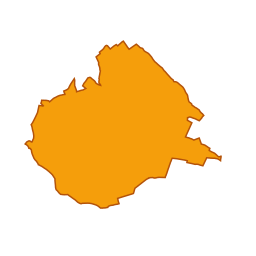 Bala, Mures, Romania (Albers equal-area conic projection), rotated 12°
{"feature_id": "2599482B91392200314652", "entity_name": "Bala", "entity_type": "district", "adm_level": 2, "iso_a3": "ROU", "parent_name": "Romania", "parent_adm1": "Mures", "projection": "albers", "projection_center": [24.501, 46.719], "detail": "fine", "context": "isolated", "style": "filled", "palette": "amber", "viewbox_px": 256, "rotation_deg": 12, "n_neighbors": 0, "source": "geoboundaries", "source_scale": "gbopen_adm2", "svg_char_len": 5690}
<svg xmlns="http://www.w3.org/2000/svg" viewBox="0 0 256 256"><g transform="rotate(12 128 128)"><path d="M97.9,211.8L98.9,211.2L104.1,209.9L105.9,209.6L108.2,209.5L110.6,209.7L113.1,210.0L115.0,210.6L116.6,211.4L117.7,212.0L119.9,211.6L120.9,211.2L122.2,210.9L122.8,210.7L124.3,210.0L124.7,209.9L125.0,209.0L125.2,208.6L125.8,208.2L126.2,207.9L127.2,207.3L128.5,206.9L129.0,206.7L129.8,206.4L130.2,206.1L130.6,205.9L131.9,205.3L133.8,204.6L135.0,203.9L133.7,201.7L132.5,199.0L137.3,196.3L142.2,193.6L143.8,192.7L145.8,191.6L146.9,190.9L147.1,189.0L147.1,188.4L147.2,187.1L147.2,186.5L147.3,185.9L147.3,185.5L156.5,174.6L157.4,173.8L157.8,173.5L158.2,173.1L158.5,173.0L158.4,172.8L158.4,172.7L158.5,172.6L160.2,171.9L162.2,171.4L162.7,171.3L163.4,171.4L163.8,171.5L164.0,171.5L164.7,171.3L165.1,171.2L165.7,171.0L166.6,170.5L167.4,170.2L168.1,170.0L168.4,169.8L169.9,169.6L172.4,169.1L173.1,169.0L174.7,168.7L174.7,168.1L174.7,167.7L175.1,166.1L175.1,165.6L175.3,164.5L175.7,160.6L175.9,159.0L176.1,157.7L176.3,155.6L176.5,154.4L176.7,152.5L177.0,151.3L177.2,149.6L177.5,148.4L182.3,147.9L190.1,147.6L192.8,147.7L192.8,149.5L193.4,149.5L197.9,149.5L201.1,149.6L203.0,149.1L204.3,149.0L206.3,149.3L209.1,149.4L211.2,140.7L212.4,140.6L212.7,140.6L213.4,140.4L213.9,140.4L214.9,140.3L218.1,139.8L219.3,139.5L219.6,139.6L220.3,139.6L221.3,139.5L221.7,139.5L222.7,139.7L223.7,140.0L225.3,140.7L225.1,139.2L225.1,137.7L224.9,136.3L224.8,136.2L223.8,136.9L223.0,137.2L222.7,137.3L222.3,137.2L221.9,137.0L221.2,136.6L220.6,136.2L220.0,135.8L219.2,135.4L218.4,134.9L217.7,134.6L216.4,134.3L215.4,134.1L214.6,133.9L213.9,133.7L212.8,133.3L212.5,133.2L212.1,133.1L212.1,132.2L212.2,131.7L212.3,130.9L210.5,130.3L209.2,129.7L206.9,128.8L206.3,128.7L204.2,128.5L203.9,128.5L203.1,128.5L199.7,123.0L194.9,126.1L192.5,125.4L191.0,125.3L189.7,125.0L188.5,125.0L186.1,124.8L187.1,120.0L189.4,109.6L184.5,108.1L184.1,105.5L184.8,105.3L185.4,104.7L186.1,104.4L186.9,104.4L187.5,104.4L189.7,104.8L191.9,105.0L192.9,105.3L196.2,106.1L196.3,106.0L197.2,104.4L198.0,103.0L198.4,101.7L199.5,100.0L197.8,98.6L197.3,98.4L196.9,98.2L196.4,97.9L195.0,96.9L194.0,95.7L193.6,95.4L192.5,95.0L192.3,94.9L191.6,94.6L190.9,94.3L190.7,94.2L189.4,93.9L188.6,93.6L188.2,93.3L187.7,93.1L187.3,92.9L186.5,92.7L186.1,92.5L185.8,92.3L185.4,91.5L185.2,91.2L183.8,90.4L182.9,90.1L182.1,89.5L181.4,88.3L180.0,85.1L179.8,84.4L179.5,83.9L179.3,83.5L178.9,83.0L178.4,82.5L178.0,82.1L177.4,81.6L177.0,81.1L176.7,80.8L175.4,78.9L175.1,78.6L174.5,77.9L173.9,77.3L173.1,76.6L172.8,76.4L171.1,75.5L170.5,75.2L169.3,74.6L168.2,73.9L166.8,73.2L166.0,73.0L165.5,72.9L165.1,72.9L164.7,72.9L164.3,73.0L163.7,73.1L163.3,73.1L163.2,73.1L162.4,72.0L162.3,71.7L161.7,71.4L160.4,70.8L160.0,70.6L159.6,70.3L158.2,69.3L156.6,68.1L155.7,67.5L155.3,67.2L154.4,66.5L153.9,66.1L152.3,64.9L151.7,64.6L151.3,64.4L151.0,64.0L150.4,63.5L149.1,62.2L148.0,61.7L146.8,61.1L146.1,60.8L145.3,60.3L144.5,59.9L142.2,58.5L140.3,57.5L139.5,56.8L138.8,56.2L137.9,55.4L137.1,54.5L136.2,53.6L135.8,53.3L134.4,52.2L133.5,51.5L132.2,50.7L130.3,50.1L129.0,49.7L127.9,49.2L127.0,48.4L126.0,47.3L125.8,47.2L125.5,47.1L125.1,47.0L123.9,47.0L123.1,46.8L122.6,46.6L121.7,45.9L121.3,45.7L120.9,45.5L119.1,44.5L118.7,44.3L112.7,50.7L111.0,49.3L110.3,48.7L109.7,48.0L105.4,44.0L104.4,44.9L102.8,47.1L101.9,48.3L100.9,49.8L99.2,48.8L97.2,50.7L94.2,54.4L90.8,51.8L89.7,51.7L88.9,52.4L88.2,53.7L87.7,55.2L87.2,56.1L86.8,56.7L84.3,59.8L85.3,61.1L82.0,65.1L85.7,70.0L85.7,70.3L86.0,71.9L86.8,73.2L87.2,73.7L87.8,74.9L88.1,75.6L88.3,76.5L88.5,77.0L88.7,77.5L89.1,77.8L89.1,79.1L89.2,82.1L89.2,83.5L89.3,84.6L89.3,85.7L89.5,86.0L89.8,86.4L89.8,86.7L89.8,87.1L89.8,87.8L89.9,88.6L90.1,89.5L90.3,90.0L90.7,90.3L91.7,91.1L92.2,91.6L92.4,92.0L91.2,91.9L90.4,91.8L89.7,91.6L89.3,91.6L89.0,91.5L88.2,91.1L87.6,90.9L87.0,90.5L86.6,89.9L86.3,89.6L85.6,89.0L84.6,88.4L83.8,88.0L82.9,87.6L82.1,87.2L81.4,86.7L80.8,86.4L80.5,86.4L80.1,86.4L79.7,86.6L79.0,87.0L78.3,87.4L76.9,91.0L75.6,93.5L74.9,96.2L78.5,98.1L76.0,100.2L74.3,100.9L72.3,102.1L70.2,103.2L70.0,102.4L68.9,100.6L67.6,98.5L67.1,97.9L66.9,97.0L66.3,94.6L66.2,93.6L65.9,92.2L65.2,90.9L62.9,96.7L62.2,98.9L61.6,101.6L60.8,102.7L59.8,103.6L57.5,105.2L57.9,105.9L58.1,106.4L58.5,106.9L58.7,107.0L59.0,107.5L59.3,108.3L58.3,108.6L57.3,109.0L56.4,109.5L54.9,110.1L54.0,110.6L52.4,111.7L51.4,112.6L50.1,113.6L49.0,114.5L47.1,117.1L46.5,117.9L46.2,118.3L45.8,118.7L45.4,118.3L45.0,118.0L44.4,117.9L42.2,118.0L40.0,118.4L37.8,118.8L37.9,120.4L37.9,120.9L37.6,121.8L40.5,123.9L40.2,124.2L39.6,124.2L38.7,124.2L36.3,124.5L36.3,131.7L35.3,136.1L34.3,140.0L33.5,142.8L32.6,145.0L33.1,145.5L34.0,147.2L35.0,149.6L36.4,152.3L37.5,155.4L37.8,157.8L37.4,159.4L37.1,161.3L37.0,161.6L36.7,161.7L36.2,161.7L35.5,161.3L35.0,161.2L34.6,161.1L34.1,161.1L33.8,161.2L33.4,161.4L31.9,162.7L31.6,163.2L31.4,163.8L31.0,164.5L30.7,165.0L30.8,165.2L31.0,165.3L31.6,165.2L31.9,165.3L32.2,165.5L33.1,166.0L34.0,166.6L34.3,167.0L34.8,167.6L35.2,168.4L35.3,168.4L35.6,168.5L35.8,168.3L36.1,168.3L36.5,168.3L36.8,168.4L37.0,168.8L37.3,169.0L37.6,169.1L37.8,169.2L37.9,169.4L38.1,169.8L38.2,170.1L38.8,171.6L39.5,173.0L40.6,174.7L41.4,175.8L42.2,177.0L43.0,177.8L43.6,178.4L45.4,179.6L47.4,181.6L48.0,182.6L48.7,182.6L50.1,183.1L51.2,183.3L53.0,184.0L54.9,184.8L56.8,185.5L58.7,186.5L59.6,186.9L60.2,187.3L62.6,188.7L63.9,189.6L66.5,192.2L67.1,192.8L67.5,194.6L68.1,196.5L69.0,199.3L69.5,201.2L70.2,202.7L70.6,203.3L72.1,204.2L74.0,205.8L75.2,206.5L75.9,206.9L76.8,206.8L78.3,206.7L79.5,206.5L82.1,205.9L82.8,205.6L84.4,206.4L85.9,207.0L89.3,208.5L91.5,209.4L92.3,209.9L94.2,211.0L95.3,211.4L97.0,211.8L97.9,211.8Z" fill="#f59e0b" stroke="#b45309" stroke-width="1.5"/></g></svg>